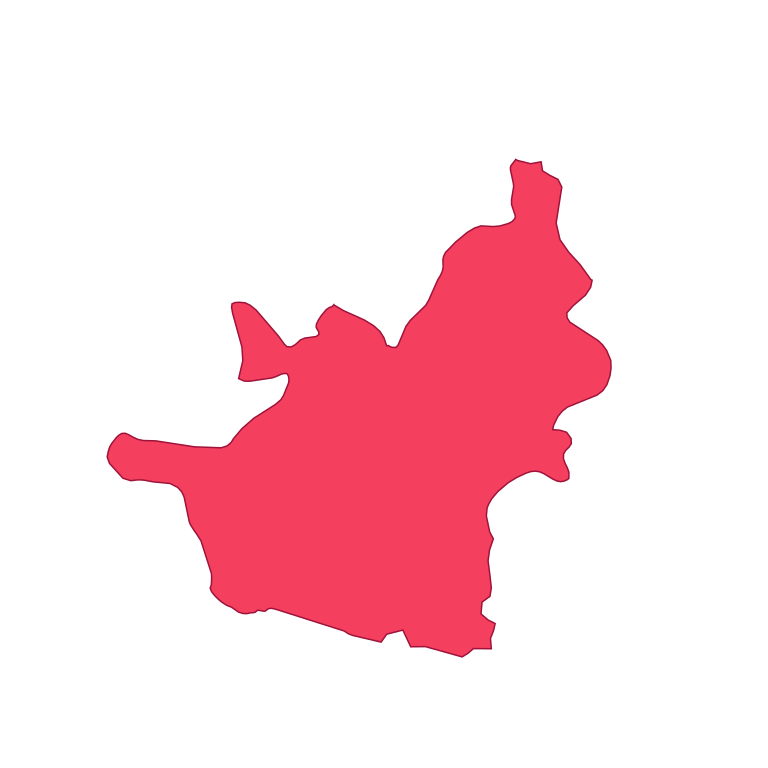 map outline of Thaba-Tseka (Natural Earth projection), rotated 297°
{"feature_id": "LSO-1215", "entity_name": "Thaba-Tseka", "entity_type": "District", "adm_level": 1, "iso_a3": "LSO", "parent_name": "Lesotho", "parent_adm1": "", "projection": "natural_earth1", "projection_center": [28.641, -29.5], "detail": "fine", "context": "isolated", "style": "filled", "palette": "rose", "viewbox_px": 768, "rotation_deg": 297, "n_neighbors": 0, "source": "natural_earth", "source_scale": "10m", "svg_char_len": 3015}
<svg xmlns="http://www.w3.org/2000/svg" viewBox="0 0 768 768"><g transform="rotate(297 384 384)"><path d="M643.9,399.4L643.8,401.6L646.9,414.7L653.3,423.1L645.9,428.5L645.2,437.1L645.3,446.1L640.2,453.0L605.6,464.3L592.5,475.3L585.2,489.0L579.4,504.5L571.0,520.8L571.0,522.3L570.7,522.4L564.0,524.2L554.7,523.2L539.6,517.0L530.3,514.6L526.0,517.2L523.5,521.5L519.9,555.0L518.1,561.1L514.9,567.2L507.9,575.4L501.2,579.1L494.0,581.6L484.7,582.9L477.5,582.0L470.9,578.9L446.7,557.9L440.6,555.1L434.0,553.7L424.7,553.8L420.6,554.8L419.9,555.0L422.7,561.7L423.9,568.6L420.4,575.4L415.9,578.0L411.6,577.5L407.3,576.0L403.1,575.8L398.8,577.9L395.6,581.3L392.7,585.2L389.4,588.8L383.7,591.6L381.7,590.6L379.2,588.5L377.1,585.6L376.1,582.1L375.9,577.6L376.7,567.2L376.4,562.4L375.0,558.3L372.7,554.7L369.5,551.4L361.1,544.8L352.5,539.5L339.9,534.3L330.8,532.1L324.8,531.8L320.5,532.1L312.9,535.1L300.1,545.4L295.7,551.7L284.0,553.4L273.7,557.0L262.0,565.0L251.0,572.2L242.9,574.8L234.2,570.4L223.2,574.8L221.0,583.8L221.0,591.8L214.4,593.5L205.6,594.4L196.8,599.8L192.4,590.9L188.8,583.8L182.2,581.1L176.3,577.5L175.5,573.5L168.8,540.1L162.0,527.1L173.3,512.5L162.3,500.0L152.7,498.6L145.9,470.9L145.3,466.1L145.8,460.4L134.1,389.5L133.0,385.4L131.3,383.0L127.7,381.3L126.7,379.2L125.9,376.4L125.0,374.1L122.1,372.8L120.9,371.4L119.6,369.1L117.0,365.9L115.5,362.5L114.7,357.8L115.9,349.7L115.4,344.3L115.9,339.1L116.9,334.5L118.6,329.2L120.7,324.6L123.2,321.8L126.7,321.3L132.4,318.8L136.8,316.3L161.2,292.1L165.6,284.6L167.0,281.8L170.8,275.4L173.0,272.9L192.6,257.2L196.1,252.7L198.2,247.1L198.2,238.5L191.9,222.4L189.5,214.2L188.1,210.8L186.5,207.7L182.9,202.3L181.5,194.2L188.6,175.5L193.3,170.5L198.4,169.0L203.0,168.2L207.4,168.4L214.5,169.8L217.8,170.9L220.8,172.7L222.6,175.7L222.9,179.5L222.7,184.4L222.9,189.8L224.4,195.3L229.7,206.4L242.0,243.7L253.2,267.8L257.6,272.3L262.7,274.4L267.1,274.7L279.8,277.7L294.5,283.6L316.8,296.7L323.3,299.3L328.3,299.7L341.7,298.5L345.1,297.2L347.7,295.2L349.1,293.2L348.6,291.3L346.8,288.6L341.7,284.5L338.6,281.5L325.8,263.5L323.9,259.9L323.1,257.9L322.8,252.0L340.7,247.6L352.5,240.6L378.4,216.9L383.3,213.3L386.5,212.2L389.0,214.4L391.2,218.1L393.3,223.5L393.4,229.2L391.8,236.6L378.8,268.2L374.3,277.0L373.2,280.5L374.9,284.5L378.8,287.1L385.3,289.5L388.9,292.5L395.5,302.0L398.6,303.5L400.9,302.1L402.4,299.6L403.9,297.7L406.7,296.6L411.3,296.5L416.7,297.1L424.1,298.8L427.4,300.6L429.3,302.6L431.8,303.3L431.7,303.4L431.0,314.7L432.1,337.3L431.2,348.5L428.9,356.7L425.2,362.9L419.3,369.0L420.3,370.6L420.1,372.6L420.3,374.5L422.1,378.1L425.2,378.9L445.3,377.4L452.5,378.5L472.9,385.4L479.0,385.8L501.2,384.6L506.3,385.0L510.8,384.8L514.9,383.7L521.6,380.0L525.1,379.1L529.3,379.1L543.4,383.5L556.8,389.3L564.0,393.8L568.9,398.6L573.9,409.9L577.5,415.6L583.6,422.1L587.0,424.5L591.2,425.5L593.4,424.7L601.8,416.2L606.2,413.9L618.8,409.9L621.6,408.1L632.3,399.4L634.2,398.4L636.2,398.0L643.6,399.4L643.9,399.4Z" fill="#f43f5e" stroke="#9f1239" stroke-width="1.5"/></g></svg>